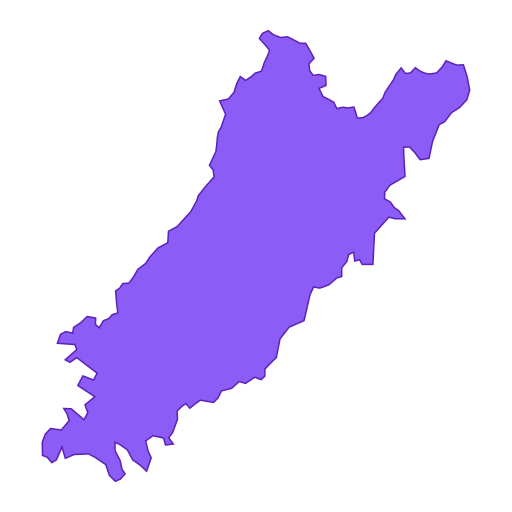 Quatro Irmãos, Rio Grande do Sul, Brazil (Equal Earth projection)
{"feature_id": "56859067B55924699188620", "entity_name": "Quatro Irmãos", "entity_type": "district", "adm_level": 2, "iso_a3": "BRA", "parent_name": "Brazil", "parent_adm1": "Rio Grande do Sul", "projection": "equal_earth", "projection_center": [-52.476, -27.847], "detail": "fine", "context": "isolated", "style": "filled", "palette": "violet", "viewbox_px": 512, "rotation_deg": 0, "n_neighbors": 0, "source": "geoboundaries", "source_scale": "gbopen_adm2", "svg_char_len": 2713}
<svg xmlns="http://www.w3.org/2000/svg" viewBox="0 0 512 512"><path d="M463.4,64.8L456.9,65.1L452.1,63.3L446.0,60.8L442.1,67.1L436.5,73.0L428.8,74.1L424.1,72.9L419.5,70.8L415.3,67.7L410.5,72.9L405.5,73.5L401.1,67.9L395.8,74.5L393.7,79.4L390.1,84.8L385.2,92.1L382.7,98.4L379.0,102.4L374.8,107.2L370.8,112.5L367.1,115.5L362.7,117.7L357.3,118.1L355.7,112.5L353.9,107.0L347.8,108.0L342.9,107.2L336.9,108.6L333.7,102.2L328.8,99.4L323.0,96.5L319.0,88.4L326.0,85.4L325.7,76.4L319.0,74.5L313.2,75.4L309.6,70.5L309.0,63.7L314.1,58.3L309.9,50.6L305.7,43.3L299.9,43.3L294.5,40.3L287.6,36.8L280.5,37.5L273.4,34.7L268.3,30.7L262.4,33.4L259.4,38.5L266.1,45.9L269.6,50.5L267.5,55.8L264.2,62.9L261.5,71.1L255.0,73.2L251.4,76.6L245.6,80.4L240.3,76.6L236.8,83.4L234.0,92.3L228.4,99.0L219.6,100.9L225.6,114.2L221.1,127.4L218.3,132.0L217.3,137.9L216.8,144.3L215.9,151.6L212.5,158.8L209.4,165.3L213.1,169.9L214.1,176.8L205.4,186.7L198.4,195.5L196.6,201.0L190.7,211.8L182.8,220.3L177.3,226.5L168.5,231.2L167.8,242.7L158.0,247.9L149.7,257.2L145.7,263.4L137.8,269.4L133.8,276.5L129.1,283.0L122.8,283.6L119.7,288.1L115.7,290.9L116.6,303.5L117.8,312.9L112.2,314.7L108.7,318.7L103.4,320.7L99.1,327.8L95.4,324.3L95.7,318.1L87.2,316.5L81.0,322.5L73.6,327.4L72.7,333.1L65.9,331.6L60.5,334.3L57.4,343.3L74.8,344.5L76.8,349.5L65.2,359.8L70.0,362.3L76.8,357.6L97.1,373.2L93.6,380.0L82.9,375.9L77.8,385.5L94.8,396.7L85.0,404.8L87.8,412.7L84.0,419.7L71.3,408.8L63.8,408.5L66.9,413.5L69.2,420.6L61.3,430.0L50.6,428.5L45.4,434.0L42.3,442.1L42.5,455.5L47.1,457.1L51.8,462.6L56.4,459.9L59.0,453.9L62.0,447.0L65.3,458.3L74.2,454.5L88.5,453.9L95.1,457.3L105.7,464.5L109.4,475.4L115.3,481.3L120.4,479.1L125.1,473.8L122.0,469.2L120.2,460.7L115.0,450.5L115.0,442.4L119.4,444.2L127.3,449.8L132.7,459.9L140.1,465.1L146.6,471.2L151.2,457.9L148.0,450.8L145.7,440.9L153.0,435.7L163.6,438.1L165.5,445.0L173.3,444.0L168.7,437.8L172.6,432.5L175.2,425.6L177.5,419.1L177.1,411.1L181.8,406.4L185.9,403.6L189.8,408.2L195.2,403.8L200.3,400.2L213.6,402.4L218.0,398.0L221.4,390.9L231.7,388.3L239.2,381.5L245.5,383.4L254.8,377.2L261.0,379.7L264.8,376.2L264.9,369.1L270.8,362.9L276.3,357.6L280.1,338.7L289.1,327.2L296.8,323.8L304.0,320.7L310.1,294.5L313.6,287.0L319.9,288.1L328.7,284.9L336.8,278.0L341.7,276.5L341.7,267.9L346.9,261.3L348.7,254.4L353.8,252.3L354.7,261.0L359.6,259.8L362.2,264.4L372.9,264.4L374.5,233.2L388.9,217.1L394.7,218.7L405.0,218.9L398.7,210.7L394.3,207.6L390.3,202.0L384.5,198.8L384.8,192.1L389.9,185.2L405.0,176.4L403.8,155.6L403.6,147.3L409.4,146.9L414.8,152.6L420.1,159.7L429.0,158.4L432.5,141.6L439.2,124.6L444.6,121.8L451.5,112.7L459.7,107.4L466.9,99.7L469.7,90.0L467.1,76.6L463.4,64.8Z" fill="#8b5cf6" stroke="#5b21b6" stroke-width="1.5"/></svg>